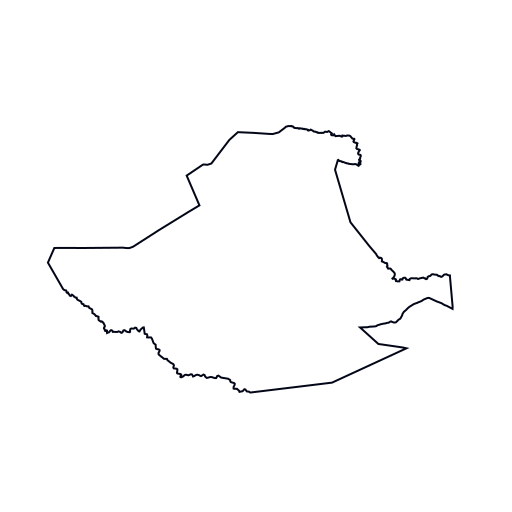 San Juan Tamazola, Oaxaca, Mexico, rotated 281°
{"feature_id": "50627088B32435173505967", "entity_name": "San Juan Tamazola", "entity_type": "district", "adm_level": 2, "iso_a3": "MEX", "parent_name": "Mexico", "parent_adm1": "Oaxaca", "projection": "robinson", "projection_center": [-97.154, 17.118], "detail": "fine", "context": "isolated", "style": "outline", "palette": "ink", "viewbox_px": 512, "rotation_deg": 281, "n_neighbors": 0, "source": "geoboundaries", "source_scale": "gbopen_adm2", "svg_char_len": 6105}
<svg xmlns="http://www.w3.org/2000/svg" viewBox="0 0 512 512"><g transform="rotate(281 256 256)"><path d="M146.2,354.8L194.1,421.3L194.2,417.5L193.0,392.9L205.7,371.8L206.8,376.3L207.0,377.6L207.4,379.1L208.3,381.1L209.0,384.1L209.8,386.8L210.3,387.7L210.9,388.1L211.4,388.8L212.3,390.7L212.6,391.0L214.1,394.5L214.5,395.9L215.2,397.1L215.8,398.7L216.3,399.5L217.2,400.3L217.6,401.3L217.3,402.0L217.0,404.2L217.4,405.5L217.7,406.1L220.7,408.1L221.8,409.4L222.5,409.8L225.7,410.8L226.9,410.8L229.4,411.8L231.5,413.5L234.2,415.3L235.5,416.4L239.0,420.2L239.6,421.2L241.0,423.6L241.7,424.3L242.1,425.2L243.5,427.2L245.3,429.0L247.4,432.2L247.8,433.2L247.8,434.4L245.9,442.0L245.1,447.0L243.8,450.5L243.5,452.7L241.6,459.0L243.7,458.7L272.9,450.3L273.9,450.1L273.8,448.4L274.4,446.2L273.5,444.1L271.6,442.9L270.8,441.7L271.4,440.1L271.1,439.5L271.5,438.0L271.8,437.9L272.1,437.2L271.8,434.4L271.9,433.1L271.3,431.8L269.8,431.0L269.1,429.5L268.2,428.5L266.5,428.4L266.0,427.9L265.7,427.2L266.4,426.1L266.2,425.8L266.7,424.3L265.4,421.2L264.4,419.6L264.4,419.0L264.8,418.2L264.7,417.2L264.4,416.7L263.9,413.1L263.5,412.1L262.6,411.2L261.6,411.2L261.5,408.1L261.9,407.7L262.5,407.4L263.1,406.7L262.9,405.5L262.2,404.4L260.8,404.2L260.6,403.5L260.9,402.8L260.7,402.1L260.4,401.8L258.5,401.6L258.1,399.9L258.2,398.6L258.1,398.2L259.1,397.7L259.7,397.8L260.0,397.1L260.2,395.6L259.7,394.5L260.0,394.2L260.7,394.8L262.3,395.6L263.8,395.8L264.9,395.7L266.0,395.0L267.0,393.6L268.2,391.7L269.0,390.9L269.3,390.3L269.2,389.4L268.8,388.3L268.9,387.9L270.1,387.2L270.1,386.9L270.4,386.6L270.9,386.9L271.5,386.9L272.2,386.4L273.2,386.4L274.0,385.7L273.7,384.3L274.6,381.6L274.7,380.6L276.0,380.4L277.1,380.2L277.7,379.7L278.0,379.1L278.0,377.9L277.6,377.8L277.4,377.3L277.8,376.6L279.6,374.5L280.8,373.6L287.5,365.2L307.1,342.3L355.8,317.1L366.3,318.1L366.6,318.0L365.8,318.8L365.1,319.8L365.3,321.2L365.0,321.9L365.1,322.2L364.8,322.5L364.7,322.8L364.9,324.0L364.3,326.9L364.5,327.2L364.3,328.0L364.4,329.0L364.2,329.4L364.2,329.8L364.5,333.6L365.2,335.9L365.0,337.6L364.6,338.0L364.1,339.5L365.4,340.1L365.7,340.7L366.1,341.0L366.6,340.8L366.5,340.0L366.2,339.3L366.7,339.1L367.5,339.1L367.9,340.5L368.4,340.7L368.9,340.7L369.5,340.4L369.7,340.1L369.7,339.2L369.8,339.0L370.1,338.8L370.5,338.9L371.1,339.4L371.5,339.6L372.6,339.5L373.4,339.6L373.9,339.8L374.8,339.6L375.1,339.3L375.2,338.8L375.2,337.5L375.3,337.2L376.0,336.7L376.6,336.6L378.6,337.1L379.4,337.6L379.8,337.7L380.1,337.2L380.2,336.7L380.3,335.6L380.2,335.0L380.8,334.0L382.9,333.9L384.1,334.1L384.8,333.8L385.9,334.1L386.3,333.0L386.1,331.9L386.6,330.1L387.1,329.8L389.5,330.3L389.8,329.9L389.5,329.2L389.8,328.0L391.7,325.7L392.0,324.7L391.7,322.5L391.0,321.4L390.7,317.8L389.8,317.9L389.5,317.4L390.0,315.2L388.8,311.1L390.3,309.5L389.3,309.0L389.0,307.7L389.2,306.8L389.8,306.5L390.8,307.1L392.5,303.6L391.3,302.1L391.3,300.6L391.1,299.9L390.2,299.2L389.7,298.6L389.5,297.1L389.2,296.5L389.2,295.8L388.8,294.4L388.8,293.2L389.0,293.2L389.2,292.1L389.1,291.8L389.2,291.7L389.4,290.0L389.2,289.6L389.2,289.0L389.5,288.4L389.8,288.0L390.5,285.6L389.9,285.1L389.1,283.4L389.2,283.0L389.8,282.9L390.0,281.4L389.8,280.0L390.0,279.7L390.0,279.2L389.7,278.9L389.9,277.7L389.9,277.2L389.7,277.1L389.8,274.7L389.3,274.4L389.2,273.9L389.2,273.3L389.6,272.8L389.2,271.2L389.1,269.3L389.3,268.6L389.6,268.5L390.0,268.1L390.1,267.7L390.0,267.3L390.1,266.9L390.3,266.7L390.4,266.2L390.1,265.9L390.1,265.6L390.2,265.3L390.0,264.7L389.7,262.8L389.3,262.2L388.7,260.8L387.2,259.7L381.7,254.8L378.9,249.1L378.3,245.2L376.4,230.1L374.1,214.6L364.9,207.7L338.8,194.8L338.3,194.6L336.3,191.0L335.9,187.4L335.4,186.3L321.7,172.6L294.9,190.8L286.1,181.0L263.1,156.0L241.7,133.6L239.6,130.2L239.1,127.6L238.8,123.8L230.0,80.5L229.1,75.2L225.4,56.5L209.8,53.0L186.8,72.9L186.3,73.6L185.9,74.9L185.9,75.6L186.0,76.0L185.5,76.5L184.8,76.9L184.3,76.9L183.7,77.8L184.2,78.4L183.8,78.8L182.9,79.4L182.6,80.1L181.6,80.7L181.6,81.2L181.4,81.9L182.9,82.7L182.1,84.5L181.4,85.2L181.3,85.7L180.7,86.8L180.9,87.9L180.1,88.2L179.3,88.7L178.8,89.7L178.1,92.3L177.6,93.3L176.6,93.6L175.8,94.4L175.8,95.8L174.4,96.7L174.2,97.2L174.6,98.0L174.3,100.0L174.6,100.8L174.6,101.2L173.1,102.4L172.9,103.6L172.6,104.1L172.4,105.1L171.8,105.5L170.9,106.0L170.3,105.9L168.8,106.3L168.1,108.4L167.3,109.5L166.6,110.2L166.7,110.8L166.5,111.4L166.4,112.9L166.2,113.1L164.7,113.2L164.4,113.4L163.3,113.6L162.9,114.0L161.9,116.4L161.9,116.7L162.4,117.1L161.9,118.2L161.4,118.5L161.1,119.2L160.1,119.8L159.5,120.4L158.1,121.1L157.7,121.0L157.3,120.7L156.6,120.5L155.8,120.6L155.0,121.6L154.4,121.7L153.8,122.0L153.7,122.6L154.3,123.0L154.4,123.4L154.5,123.7L154.3,124.0L152.5,124.3L152.0,124.5L152.6,125.2L153.0,126.2L155.3,127.5L155.6,128.2L155.2,129.3L154.2,129.9L155.0,134.4L155.8,135.5L155.5,137.4L155.0,138.1L154.9,138.6L155.5,139.4L157.7,140.1L158.1,141.2L157.2,143.0L156.9,144.5L157.1,146.6L157.6,146.9L158.6,146.5L160.5,146.7L161.0,147.4L161.4,149.9L162.6,151.0L162.6,152.2L161.5,152.9L159.8,155.1L159.7,156.0L161.7,156.7L164.3,158.7L164.5,159.5L158.4,161.6L158.3,164.0L157.2,164.5L155.4,164.6L155.5,166.1L155.8,167.0L156.0,168.6L154.9,169.7L151.1,172.0L150.6,172.7L149.8,174.4L147.7,174.9L146.0,175.5L145.7,176.7L145.8,178.3L145.2,179.4L144.2,179.4L142.3,178.8L141.0,179.1L140.2,180.2L137.5,185.4L138.0,188.2L136.9,188.9L134.9,192.7L134.2,195.3L133.1,196.3L130.8,196.1L130.0,196.7L130.2,199.6L129.8,200.4L128.9,200.6L126.2,200.7L125.7,201.2L125.7,204.6L124.9,205.4L123.5,204.7L122.8,204.9L122.6,205.6L123.6,207.2L125.7,208.9L126.1,209.9L126.0,212.4L127.5,214.7L127.5,215.7L126.7,216.5L125.7,217.2L126.3,218.2L127.8,219.9L128.3,221.2L128.1,223.1L127.7,224.1L127.6,225.0L129.6,227.1L129.3,228.3L127.9,229.1L126.9,231.0L128.5,234.3L128.7,235.7L128.3,238.6L128.6,240.2L130.9,240.9L131.4,242.0L130.0,245.0L130.2,252.1L129.3,254.3L128.2,254.6L127.4,255.4L127.1,258.8L126.4,259.6L124.9,259.5L123.3,259.0L121.6,259.3L121.5,259.9L122.0,262.6L120.4,265.2L119.5,265.7L120.7,268.6L123.0,270.0L122.9,271.1L121.3,272.8L121.5,274.8L120.9,276.5L146.2,354.8Z" fill="none" stroke="#020617" stroke-width="2"/></g></svg>